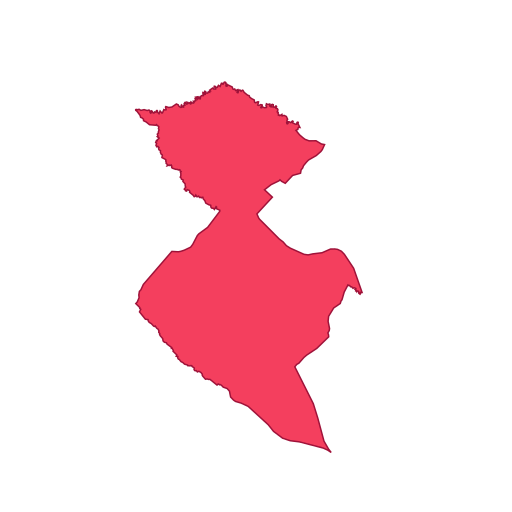 outline of Sida, Nakhon Ratchasima, Thailand, rotated 132°
{"feature_id": "78962969B50986245619578", "entity_name": "Sida", "entity_type": "district", "adm_level": 2, "iso_a3": "THA", "parent_name": "Thailand", "parent_adm1": "Nakhon Ratchasima", "projection": "robinson", "projection_center": [102.538, 15.566], "detail": "fine", "context": "isolated", "style": "filled", "palette": "rose", "viewbox_px": 512, "rotation_deg": 132, "n_neighbors": 0, "source": "geoboundaries", "source_scale": "gbopen_adm2", "svg_char_len": 6165}
<svg xmlns="http://www.w3.org/2000/svg" viewBox="0 0 512 512"><g transform="rotate(132 256 256)"><path d="M199.8,175.2L195.6,191.5L195.3,195.7L196.5,199.8L198.1,202.2L201.0,205.3L209.4,209.1L216.5,215.3L220.3,218.0L222.6,221.4L227.2,235.7L228.0,240.3L227.4,245.2L227.8,250.2L226.3,278.0L225.9,279.6L224.1,283.5L201.3,283.2L201.1,294.0L192.8,292.5L184.7,289.2L183.3,289.2L183.4,287.0L182.4,282.9L171.6,282.7L164.7,278.3L161.8,280.1L159.4,280.2L157.1,281.1L152.5,281.3L149.5,281.2L141.0,278.4L135.0,277.7L132.6,277.9L127.3,279.6L129.0,282.4L130.2,288.5L134.9,293.6L136.5,297.7L136.7,300.3L136.8,304.8L135.9,310.4L133.9,309.6L132.7,310.4L131.7,310.3L131.1,309.4L129.6,313.2L128.4,314.0L128.7,314.7L129.3,314.9L130.9,314.0L131.7,315.0L132.6,318.2L131.1,318.5L131.3,319.3L133.7,319.5L134.1,321.3L134.6,321.8L136.1,320.9L136.7,321.0L137.0,321.6L136.3,322.6L135.0,323.0L134.5,323.8L133.2,324.0L132.0,326.8L132.7,329.2L134.4,330.3L133.4,331.5L135.7,332.2L136.3,333.5L135.6,333.7L135.5,334.8L134.4,335.6L134.7,336.7L132.7,337.5L132.2,338.7L132.9,339.9L132.7,340.4L131.3,340.6L131.0,341.3L131.3,341.7L132.4,341.6L133.5,342.1L133.2,343.3L132.0,344.4L132.4,345.4L133.8,346.0L134.6,344.0L135.3,345.0L135.4,346.1L133.9,347.5L135.5,348.6L135.9,350.1L137.6,349.2L138.1,347.8L138.8,347.7L140.3,349.1L140.8,351.1L141.9,350.9L142.5,351.4L142.4,351.9L140.1,352.0L139.6,352.5L140.3,353.8L142.2,354.6L142.7,355.7L139.8,357.2L140.0,357.7L142.5,359.0L142.7,359.9L141.2,361.8L141.9,364.3L142.2,366.8L141.4,368.4L142.1,369.8L142.3,374.3L141.6,376.5L141.9,377.1L143.6,377.3L143.3,378.8L144.2,379.9L146.6,378.6L147.1,379.1L147.1,379.6L144.8,381.0L146.7,381.9L146.1,383.6L147.2,384.2L147.4,384.8L146.3,386.8L147.6,391.3L148.0,391.6L148.9,391.1L149.8,391.7L149.2,392.7L147.8,392.7L148.1,394.0L147.3,394.5L147.5,395.5L148.2,395.9L150.4,395.4L150.6,395.9L150.3,396.9L150.8,397.3L154.0,396.1L154.3,398.1L156.5,397.6L157.3,398.0L157.2,399.7L157.7,400.6L158.1,400.4L158.3,398.4L159.0,397.7L160.3,399.3L159.8,400.1L160.1,400.6L163.8,401.4L163.9,400.2L164.7,400.5L165.3,400.0L165.9,401.3L167.3,400.9L168.4,402.4L167.5,403.4L167.8,404.3L168.9,403.8L169.0,402.4L169.6,402.0L170.0,403.2L169.5,404.1L170.0,404.9L171.0,403.9L170.4,403.1L170.6,402.5L171.5,403.3L172.1,402.5L173.3,403.8L174.5,403.9L176.5,402.6L177.1,403.5L176.3,403.8L176.0,404.7L178.1,404.6L176.7,405.9L178.3,407.1L178.4,405.8L178.9,405.1L179.8,406.5L180.7,404.8L181.3,405.3L182.0,405.0L182.9,406.0L183.3,404.8L184.1,404.7L184.7,405.4L185.0,407.2L185.9,406.2L186.7,406.2L186.9,407.1L186.2,407.7L187.6,408.5L187.4,409.3L187.9,410.2L188.7,408.8L189.5,409.1L189.8,410.6L189.0,411.2L189.4,411.6L191.0,411.3L191.6,409.8L192.6,410.5L193.8,409.5L194.3,410.7L193.5,412.4L194.1,412.5L195.3,410.8L196.0,411.4L196.3,413.4L195.7,414.9L196.3,416.9L201.6,418.2L204.0,420.2L205.3,423.0L205.9,422.9L207.4,420.7L208.5,421.5L208.8,422.5L212.1,421.3L212.7,421.5L212.4,424.3L215.2,423.3L215.0,425.3L214.1,426.4L214.1,427.0L214.7,427.2L216.2,426.5L216.8,427.8L218.1,427.5L218.5,428.5L217.9,430.1L218.1,430.9L219.1,431.0L219.7,429.7L220.3,429.8L220.2,430.7L219.1,432.1L219.1,433.2L220.7,434.2L222.1,437.1L224.8,439.0L225.2,441.1L226.3,441.7L227.3,443.2L227.8,443.3L228.2,442.9L228.1,441.1L229.1,436.2L230.2,434.5L229.7,433.4L229.6,431.2L230.7,430.1L229.9,427.3L229.7,423.0L226.0,418.1L224.9,417.8L225.3,416.9L224.9,416.3L225.0,414.6L226.6,413.8L227.1,412.5L229.4,411.5L229.9,410.7L231.5,410.9L232.4,409.1L233.4,409.3L233.2,406.9L235.8,407.0L236.4,406.6L236.6,407.2L237.0,407.2L238.8,406.5L238.7,405.3L240.8,404.3L241.2,402.6L240.2,402.4L240.3,400.7L241.1,400.5L242.0,399.3L241.6,397.5L242.9,396.5L243.8,394.5L243.5,393.7L243.9,392.9L245.8,391.8L244.9,388.3L244.9,387.1L245.9,386.6L246.1,385.8L247.3,384.8L247.3,382.7L248.4,382.4L246.4,381.2L246.4,380.4L245.1,380.0L245.5,378.8L246.7,377.8L246.7,376.9L245.4,373.8L244.1,372.1L244.1,371.3L243.0,370.6L242.9,370.1L243.6,369.4L243.3,368.2L244.4,368.1L244.8,367.2L246.9,365.4L248.1,365.1L248.1,364.2L248.8,362.8L248.2,360.9L249.5,360.2L249.8,357.0L251.5,355.2L251.8,354.3L254.3,354.1L254.3,352.6L254.7,352.0L254.2,351.0L252.7,351.6L251.9,349.4L252.3,348.4L253.1,348.0L252.9,343.3L253.3,341.6L252.3,341.1L251.0,341.5L251.5,339.4L249.9,338.7L250.3,337.1L249.5,336.6L249.4,335.6L248.5,335.4L247.9,334.7L248.8,333.7L249.1,331.1L250.3,328.7L249.5,325.3L248.6,323.6L249.8,322.3L250.1,321.1L249.0,319.4L249.3,318.1L246.0,318.7L246.0,318.0L247.4,317.4L246.2,313.5L247.1,312.8L267.1,311.1L277.7,313.3L280.0,313.3L289.7,310.8L293.2,310.5L299.7,313.2L302.8,315.0L304.8,316.5L308.9,321.6L352.5,320.7L358.2,318.9L360.3,319.0L363.4,317.0L365.2,315.0L369.6,313.5L371.8,313.5L372.1,307.8L372.7,307.4L372.7,306.0L375.5,305.2L377.0,295.9L375.5,293.7L376.3,292.8L376.8,291.0L376.3,288.4L376.6,285.2L376.3,284.3L375.5,284.1L376.1,281.3L375.9,279.8L376.6,278.1L377.8,277.2L378.0,275.7L378.7,275.3L379.3,274.0L379.8,270.1L381.3,268.2L381.4,266.4L380.4,264.5L381.0,263.1L380.5,258.1L381.1,257.3L380.5,257.2L381.5,254.2L382.3,253.9L382.5,248.6L383.9,248.2L383.0,246.8L384.1,246.1L384.6,244.6L384.2,243.9L384.7,241.1L384.1,238.9L384.2,236.8L382.8,233.9L383.2,233.4L381.7,231.4L380.9,231.1L380.5,230.2L380.9,229.7L380.5,226.9L381.9,226.0L382.1,225.0L382.0,224.4L381.1,223.7L381.4,222.0L379.9,221.3L379.4,219.0L379.8,216.8L380.5,216.3L380.9,215.3L381.4,211.1L380.0,210.0L379.5,208.7L378.5,207.7L378.0,198.6L376.4,198.5L376.1,196.9L375.6,196.8L375.2,195.2L375.4,192.6L373.8,188.8L374.2,185.3L377.8,180.5L378.1,176.3L377.8,173.9L375.3,168.7L373.0,161.3L373.2,134.0L374.6,125.6L373.6,114.3L370.4,107.0L365.1,99.4L353.7,77.4L352.3,72.9L351.7,68.7L350.9,73.0L348.1,81.6L335.2,101.5L327.4,114.6L312.4,153.0L309.3,153.2L307.0,152.4L299.3,152.5L295.6,152.0L284.0,149.0L267.4,147.9L266.0,149.4L265.1,151.1L262.4,151.7L260.7,152.8L256.3,158.7L252.2,161.7L242.6,163.5L234.9,161.6L232.6,162.7L231.0,162.8L223.8,166.3L216.0,168.3L215.9,167.2L215.3,166.8L215.6,165.1L214.9,164.3L215.1,162.3L214.0,162.0L213.3,160.1L213.5,159.8L214.6,160.0L214.5,158.8L215.2,158.5L214.8,157.9L215.1,157.2L214.3,157.4L213.6,156.2L214.9,154.7L214.8,153.1L213.9,153.2L214.0,154.0L213.1,154.1L212.1,152.8L199.8,175.2Z" fill="#f43f5e" stroke="#9f1239" stroke-width="1.5"/></g></svg>